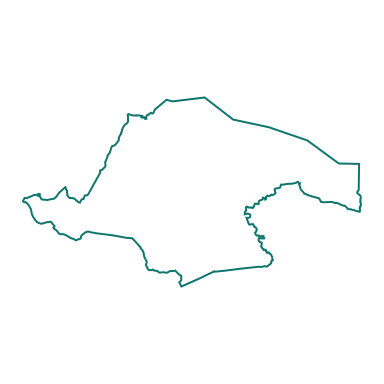 outline of Kwahu South, Eastern, Ghana
{"feature_id": "2480657B68408124911047", "entity_name": "Kwahu South", "entity_type": "district", "adm_level": 2, "iso_a3": "GHA", "parent_name": "Ghana", "parent_adm1": "Eastern", "projection": "albers", "projection_center": [-0.601, 6.627], "detail": "fine", "context": "isolated", "style": "outline", "palette": "teal", "viewbox_px": 384, "rotation_deg": 0, "n_neighbors": 0, "source": "geoboundaries", "source_scale": "gbopen_adm2", "svg_char_len": 5987}
<svg xmlns="http://www.w3.org/2000/svg" viewBox="0 0 384 384"><path d="M359.1,163.9L338.8,163.5L307.3,140.4L268.7,127.2L233.2,119.6L204.6,97.5L172.5,101.4L166.5,99.8L155.1,109.3L154.4,110.5L153.8,112.3L152.9,113.4L151.9,113.4L151.0,112.8L149.7,113.7L148.8,114.4L148.0,114.9L147.4,115.0L146.7,115.7L146.4,116.2L146.3,117.3L146.1,117.8L146.1,118.1L146.4,118.8L146.2,118.9L145.2,118.9L144.7,118.6L144.8,117.9L144.4,117.4L144.0,117.1L143.6,117.1L142.7,117.5L141.5,117.5L141.3,117.2L141.2,116.9L141.3,116.7L142.3,116.1L142.3,115.9L141.5,115.7L140.3,115.8L139.1,115.3L138.0,115.3L137.2,115.6L136.8,115.6L136.4,115.3L135.5,115.6L134.8,115.4L133.7,115.5L132.0,115.3L128.5,114.1L127.9,114.5L127.8,115.1L128.0,115.5L127.8,116.2L127.9,116.6L128.1,118.0L127.9,119.3L128.1,120.0L128.2,120.9L127.8,122.1L127.6,122.4L126.8,123.2L126.6,123.7L125.3,124.4L124.6,125.1L123.1,127.4L122.2,129.3L122.2,130.6L121.6,131.3L121.6,132.4L120.8,133.2L121.0,134.2L120.5,134.6L119.1,137.1L118.8,137.8L118.9,138.6L118.7,139.2L118.9,139.9L118.6,140.5L115.7,144.3L113.9,145.7L112.5,146.0L111.8,146.4L110.7,149.4L110.7,150.0L109.7,152.5L109.6,153.2L108.8,153.8L108.1,154.7L106.0,160.6L105.3,161.7L105.2,162.2L105.2,163.4L105.5,164.4L105.4,166.4L104.6,167.3L102.0,169.9L100.2,170.4L100.1,172.6L99.9,173.2L88.1,194.5L87.7,194.7L87.3,195.2L87.0,195.4L85.2,195.4L84.8,195.5L84.4,196.2L83.7,198.8L83.2,199.0L82.5,199.0L82.1,199.2L81.1,200.3L80.5,201.3L80.0,202.6L78.5,202.3L77.2,201.2L74.1,198.4L73.2,198.4L72.2,198.0L70.1,198.1L69.8,198.0L68.5,197.0L67.2,195.0L67.3,193.5L67.0,192.5L67.0,190.6L66.3,189.9L65.8,188.7L65.7,187.9L65.3,187.2L59.3,192.5L56.2,196.8L54.2,198.6L46.5,200.1L45.7,199.7L42.3,199.6L41.3,198.9L40.8,198.1L40.1,196.7L39.3,196.2L38.9,195.6L38.9,195.2L39.6,195.0L39.9,194.7L39.9,194.3L39.2,194.0L38.5,193.8L38.3,193.9L38.0,194.3L38.0,195.4L37.9,195.6L37.7,195.7L36.4,195.0L35.7,194.8L33.2,195.3L32.4,195.8L26.8,198.1L26.2,198.1L24.5,198.0L24.2,198.9L23.3,200.3L23.2,200.9L23.0,201.1L23.6,201.9L24.2,202.3L25.0,202.2L25.4,202.0L27.2,203.4L27.3,203.7L28.9,205.5L31.1,209.5L31.6,212.9L32.0,214.4L33.1,216.8L35.2,220.0L36.2,221.2L37.1,222.1L37.4,222.3L40.1,223.5L41.6,223.7L44.1,223.1L45.8,222.5L47.1,222.2L50.7,221.7L51.3,222.2L53.2,224.6L54.5,226.0L54.5,226.6L53.4,227.6L53.7,228.3L56.8,230.7L58.8,233.3L59.4,233.8L60.5,234.1L61.7,234.1L63.2,234.2L64.7,234.6L66.7,235.6L70.8,238.1L71.9,238.5L73.2,238.8L74.0,239.1L75.9,240.4L77.8,239.4L79.8,239.1L80.7,238.3L81.1,236.2L82.9,234.2L84.3,233.3L85.2,232.4L88.0,231.5L91.0,232.3L96.6,233.3L113.3,235.4L126.3,237.8L132.3,238.3L139.1,245.7L139.5,246.5L140.4,246.9L140.7,248.3L141.0,248.8L142.3,250.0L142.6,250.4L143.2,252.0L143.7,252.8L143.8,254.4L144.5,257.5L144.9,258.1L146.0,260.3L146.5,260.9L146.7,261.9L146.6,262.9L145.9,264.8L146.0,265.3L146.2,265.8L147.2,267.4L147.5,268.5L148.4,269.7L149.3,270.1L151.1,270.1L151.9,270.0L152.6,269.5L153.0,269.7L153.6,270.3L154.0,270.5L157.4,271.0L158.7,272.1L159.2,272.5L159.9,272.6L163.2,272.2L166.3,272.8L166.9,272.7L168.5,272.0L169.8,271.1L173.5,271.0L175.3,270.6L176.9,272.4L179.8,275.1L181.2,275.9L181.3,279.4L181.1,280.5L179.3,282.3L181.4,286.5L200.5,278.0L206.5,275.0L214.5,271.3L214.9,271.7L224.7,270.7L241.4,268.6L254.7,267.2L258.1,266.8L261.8,266.9L264.6,266.1L266.9,266.6L267.4,266.4L269.4,264.5L270.0,264.3L271.2,263.2L271.1,261.5L271.6,261.0L272.8,260.3L272.9,260.0L272.8,259.7L272.2,258.9L272.2,256.9L271.6,255.9L271.0,254.5L269.4,253.6L269.3,253.3L269.4,252.9L269.0,252.5L268.2,252.4L267.9,252.3L267.5,252.8L267.2,252.8L267.2,252.6L267.1,252.4L266.8,252.5L266.4,251.9L266.4,251.6L266.1,251.3L266.2,251.1L265.9,250.5L266.0,250.2L265.8,249.9L265.3,249.7L264.7,249.9L264.4,249.7L263.7,249.9L263.4,249.8L263.5,249.2L262.4,248.5L261.8,247.6L261.9,247.4L261.1,246.4L261.7,244.4L261.8,242.8L260.9,242.3L260.5,242.3L259.8,242.0L259.0,241.1L258.6,240.4L258.6,238.9L259.1,238.2L260.5,238.2L261.0,238.4L261.8,238.5L264.1,238.4L264.3,238.1L263.3,237.0L263.4,236.0L259.3,236.4L259.1,236.3L259.0,235.6L258.8,235.4L256.9,235.6L255.5,234.3L255.1,232.9L256.1,231.6L256.1,231.2L256.7,230.1L256.8,229.3L255.6,227.3L255.0,227.1L254.8,226.8L254.2,226.7L253.4,225.7L253.5,225.8L253.8,225.4L253.5,224.7L252.9,224.1L252.3,224.1L251.0,224.5L250.4,224.5L250.1,224.4L249.3,224.6L248.1,222.3L246.6,217.8L247.3,217.9L248.3,217.8L249.6,217.5L250.2,216.9L250.3,215.6L250.2,214.7L249.6,214.2L248.4,213.8L246.9,213.7L244.8,214.3L244.8,212.8L245.6,210.7L246.2,210.5L246.0,207.4L246.5,206.8L246.7,206.7L247.0,206.7L247.2,206.9L247.9,206.9L248.2,207.3L248.7,207.5L251.3,207.6L251.7,207.4L252.2,207.9L252.4,207.9L252.7,207.6L253.2,207.7L253.7,206.8L254.8,203.8L255.5,203.6L256.2,203.8L256.5,203.7L257.5,204.2L258.6,204.1L258.9,201.5L259.1,201.0L259.5,200.6L262.5,199.5L262.8,199.1L262.8,198.1L262.9,197.7L263.2,197.6L264.3,198.1L264.8,198.6L265.2,199.6L265.8,199.2L266.0,198.9L266.2,197.8L266.0,197.1L266.4,197.0L266.7,196.2L267.4,195.6L269.4,196.1L269.9,195.9L271.3,194.7L272.1,195.2L273.9,194.5L275.5,193.1L275.0,191.2L274.5,189.8L274.6,189.4L275.0,188.7L278.3,188.1L278.6,187.9L279.1,187.9L280.0,187.6L280.2,187.2L281.1,184.6L282.7,184.7L285.6,184.2L289.1,183.8L291.6,183.8L295.6,182.9L297.7,181.9L298.2,181.9L298.9,183.6L299.9,183.4L299.4,185.2L300.8,189.5L302.6,191.5L303.8,192.7L304.2,193.5L307.9,195.0L312.2,196.5L314.2,196.9L316.6,197.7L318.8,198.2L319.8,199.5L321.0,201.9L323.7,202.3L331.6,201.9L332.6,202.0L334.8,203.1L337.0,203.0L338.4,203.5L342.0,205.2L343.1,205.6L344.9,205.7L345.3,206.3L346.4,207.2L347.5,208.5L347.8,209.0L348.0,209.1L351.5,209.4L352.3,209.8L354.1,210.0L355.8,210.9L359.4,211.7L359.3,211.2L359.7,210.8L359.9,210.7L360.2,210.2L359.7,208.7L359.7,208.4L360.1,207.6L359.8,207.0L360.2,206.5L360.3,206.1L360.8,205.8L360.9,205.7L360.8,205.1L361.0,203.7L360.8,203.2L360.3,202.5L360.2,202.2L360.6,201.2L360.6,200.9L360.3,200.2L360.3,199.8L360.6,198.6L360.9,198.0L360.4,195.6L359.8,195.2L357.5,193.3L357.3,193.0L357.3,192.4L357.5,191.6L358.2,190.8L358.7,190.1L359.1,163.9Z" fill="none" stroke="#0f766e" stroke-width="2"/></svg>